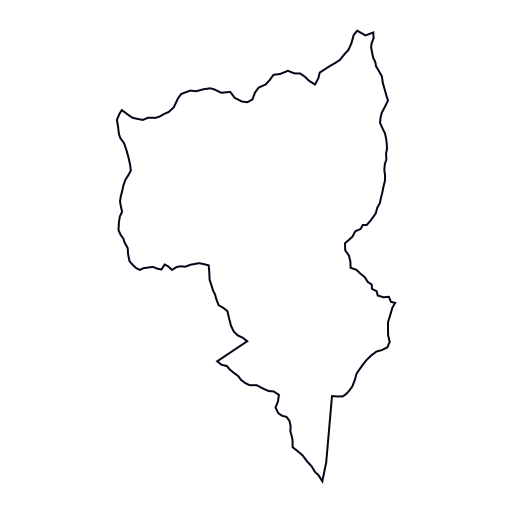 Águas de Santa Bárbara, São Paulo, Brazil
{"feature_id": "56859067B70027359191444", "entity_name": "Águas de Santa Bárbara", "entity_type": "district", "adm_level": 2, "iso_a3": "BRA", "parent_name": "Brazil", "parent_adm1": "São Paulo", "projection": "mercator", "projection_center": [-49.26, -22.879], "detail": "fine", "context": "isolated", "style": "outline", "palette": "ink", "viewbox_px": 512, "rotation_deg": 0, "n_neighbors": 0, "source": "geoboundaries", "source_scale": "gbopen_adm2", "svg_char_len": 2778}
<svg xmlns="http://www.w3.org/2000/svg" viewBox="0 0 512 512"><path d="M373.3,32.5L365.5,35.4L357.2,30.7L353.7,35.0L351.4,43.3L348.4,50.0L344.8,53.8L339.9,59.9L334.9,63.2L329.7,66.1L319.7,72.6L318.3,78.4L315.0,84.5L308.9,80.7L304.9,76.7L300.2,73.5L294.4,73.4L287.9,70.8L283.6,72.6L279.9,74.0L273.5,74.8L269.4,80.4L265.6,84.5L258.6,87.6L255.0,92.6L252.4,99.5L247.4,102.2L242.1,101.6L234.8,97.9L230.2,91.9L221.3,92.8L214.1,89.3L210.1,88.3L203.3,89.3L196.3,91.2L190.2,90.6L181.2,94.0L178.2,98.0L173.7,107.4L168.8,111.9L163.8,114.1L159.5,116.6L155.3,117.9L148.3,117.7L142.8,119.9L137.0,118.8L132.6,117.8L128.7,115.2L121.8,110.1L119.4,113.9L116.9,119.8L118.2,127.8L118.9,133.8L120.2,137.9L124.2,143.5L126.8,151.3L128.5,157.6L130.1,164.6L130.8,170.6L128.3,175.2L125.4,179.8L123.5,185.1L122.2,191.0L120.8,196.3L120.0,201.4L120.8,206.1L122.1,211.7L119.8,216.6L118.9,222.7L118.5,230.1L120.5,234.6L123.4,238.7L124.7,242.7L127.7,248.1L128.1,254.3L129.5,261.2L133.2,265.4L136.3,268.2L139.9,269.9L143.7,268.1L147.8,267.6L152.8,266.9L157.7,268.8L161.4,269.5L164.7,264.5L168.4,266.5L171.9,269.9L176.9,266.9L180.6,266.3L185.3,266.7L190.6,264.7L194.7,264.0L198.8,263.2L203.4,264.0L208.7,265.4L209.3,272.5L209.6,279.8L211.4,285.1L213.0,290.5L215.0,294.3L216.4,299.5L218.7,305.2L223.8,308.2L227.4,311.1L228.6,316.4L229.6,320.4L231.0,325.8L233.8,331.6L237.6,335.3L242.6,337.7L247.2,341.2L217.2,361.3L221.6,364.8L226.9,366.0L229.8,369.6L234.8,373.6L238.1,375.9L241.0,379.9L245.5,383.2L249.7,385.2L256.7,385.2L263.7,388.9L268.9,391.1L273.5,391.4L278.9,394.8L278.0,401.4L275.5,407.5L278.4,413.3L282.2,415.8L286.5,416.9L289.4,420.8L290.6,425.9L290.4,431.4L291.6,435.7L292.5,439.7L292.7,447.3L297.3,450.9L302.6,455.4L306.9,461.2L311.8,466.6L315.0,472.0L318.5,475.2L322.3,481.3L326.2,462.5L329.1,429.1L332.0,396.1L338.0,396.5L343.0,396.3L346.4,393.8L349.4,390.4L352.3,386.4L354.7,380.3L356.6,373.6L362.2,365.5L366.6,359.9L371.3,355.4L376.5,351.5L381.6,350.2L387.4,347.3L389.7,341.9L388.1,335.3L388.0,329.4L388.0,322.2L390.3,314.8L392.4,307.6L395.1,302.9L390.9,301.8L388.9,296.8L383.5,297.3L377.7,295.5L376.6,291.2L372.0,288.9L371.7,284.5L367.8,282.0L364.7,277.1L359.9,273.2L356.4,269.8L350.6,267.8L350.4,261.6L348.9,255.5L345.2,250.3L345.0,243.3L348.4,240.3L352.3,236.8L355.4,231.2L360.5,229.0L362.8,225.0L366.7,225.0L370.8,220.3L375.7,213.5L377.3,207.7L379.8,203.2L380.8,198.5L382.2,193.1L383.7,185.7L384.9,181.0L385.1,175.5L384.3,170.0L384.9,163.7L386.4,159.6L386.0,153.6L387.0,148.9L386.8,144.4L386.2,139.0L384.9,133.2L381.9,127.1L380.0,122.7L380.6,117.3L381.9,112.5L383.9,108.8L386.0,104.6L388.0,100.5L386.4,95.6L384.5,88.8L382.8,82.9L381.9,76.4L378.3,70.0L376.1,66.4L375.3,62.1L373.2,57.8L372.1,52.7L371.1,47.3L371.7,43.0L373.6,38.3L373.3,32.5Z" fill="none" stroke="#020617" stroke-width="2"/></svg>